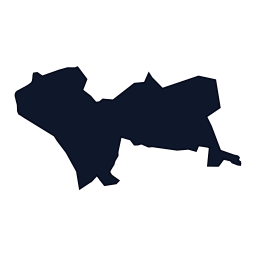 Damboa, Borno, Nigeria (Mercator projection)
{"feature_id": "59680162B27422550871896", "entity_name": "Damboa", "entity_type": "district", "adm_level": 2, "iso_a3": "NGA", "parent_name": "Nigeria", "parent_adm1": "Borno", "projection": "mercator", "projection_center": [12.591, 11.064], "detail": "fine", "context": "isolated", "style": "filled", "palette": "ink", "viewbox_px": 256, "rotation_deg": 0, "n_neighbors": 0, "source": "geoboundaries", "source_scale": "gbopen_adm2", "svg_char_len": 1490}
<svg xmlns="http://www.w3.org/2000/svg" viewBox="0 0 256 256"><path d="M79.7,188.9L89.2,182.6L91.3,181.4L96.9,175.3L100.8,180.5L104.6,185.3L116.1,183.5L118.9,180.6L113.4,176.7L111.3,175.1L110.0,172.9L109.6,171.3L111.9,167.3L113.6,164.7L114.8,160.7L117.8,155.7L117.7,152.0L119.2,144.9L120.9,136.8L126.2,138.4L130.5,139.6L134.4,144.8L138.0,144.7L141.4,143.7L148.6,146.8L152.1,146.4L177.1,149.9L188.4,148.9L196.1,151.1L198.4,145.5L207.1,146.8L209.6,147.6L207.8,165.9L218.4,166.0L223.6,159.0L230.5,160.6L232.2,162.6L237.9,164.8L240.3,165.1L240.4,164.0L240.6,163.6L240.6,163.4L240.3,163.2L240.2,162.7L240.4,161.9L239.9,161.6L238.1,160.2L239.1,157.6L237.7,156.1L233.9,155.3L220.3,150.5L211.1,126.2L206.4,116.7L219.9,107.6L215.4,80.0L198.5,76.4L162.4,88.6L151.8,77.8L148.8,73.1L144.6,82.6L134.4,83.6L113.1,100.2L104.3,99.5L102.9,99.3L99.5,102.1L95.8,102.5L90.4,96.2L82.4,90.1L86.6,79.2L77.5,67.1L75.0,68.1L67.6,68.0L59.0,70.4L42.3,76.3L37.2,72.8L33.7,73.3L33.3,75.0L33.2,76.1L33.1,77.4L33.0,78.5L32.8,79.6L32.7,80.5L32.3,81.7L31.0,83.5L30.1,84.0L29.1,84.7L28.8,85.0L27.3,85.9L24.4,87.6L23.7,87.9L20.6,89.6L19.0,90.5L17.4,91.3L16.4,92.1L15.6,93.6L15.4,94.5L15.4,95.6L15.5,96.5L15.7,97.6L16.1,98.6L16.2,99.4L16.3,100.0L16.6,101.1L17.0,102.6L17.4,104.1L17.5,104.9L17.6,105.7L17.7,106.5L17.6,107.3L17.8,109.3L17.7,110.8L18.2,112.1L18.8,113.7L19.1,114.0L20.7,114.9L24.8,117.6L54.4,135.8L57.5,140.7L66.3,152.3L76.8,171.3L77.7,176.7L79.7,188.9Z" fill="#0f172a" stroke="#020617" stroke-width="1.5"/></svg>